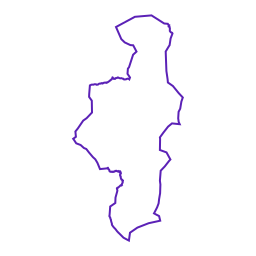 outline of Erdene, Töv, Mongolia
{"feature_id": "93677404B44653121732783", "entity_name": "Erdene", "entity_type": "district", "adm_level": 2, "iso_a3": "MNG", "parent_name": "Mongolia", "parent_adm1": "Töv", "projection": "albers", "projection_center": [107.583, 48.287], "detail": "fine", "context": "isolated", "style": "outline", "palette": "violet", "viewbox_px": 256, "rotation_deg": 0, "n_neighbors": 0, "source": "geoboundaries", "source_scale": "gbopen_adm2", "svg_char_len": 4873}
<svg xmlns="http://www.w3.org/2000/svg" viewBox="0 0 256 256"><path d="M160.2,220.7L159.1,216.1L154.0,213.4L157.1,207.4L158.6,203.4L159.1,199.1L160.1,193.3L160.3,187.2L160.4,184.5L159.9,180.7L160.7,170.7L164.8,166.4L169.1,160.9L170.4,159.5L166.5,152.4L159.9,150.0L160.1,138.8L159.9,137.4L163.4,132.6L168.1,126.6L172.0,123.4L179.7,124.2L178.7,122.0L178.2,118.3L178.6,111.8L180.2,108.7L181.4,101.5L182.8,97.5L178.6,93.0L172.9,86.0L167.9,82.5L167.6,79.3L166.4,71.0L165.7,51.5L168.9,46.2L169.6,45.2L170.6,38.5L172.5,33.5L172.4,33.3L172.2,33.2L172.1,32.8L171.9,32.7L171.6,32.6L171.3,32.5L171.1,32.3L170.9,32.3L170.7,32.2L170.4,31.8L170.1,31.4L169.9,31.1L169.8,30.9L169.9,30.6L169.8,29.9L169.9,29.1L169.8,28.6L169.9,28.4L169.9,28.2L169.7,27.8L169.7,27.6L169.5,27.3L169.5,27.2L169.5,26.9L169.3,26.8L169.5,26.7L169.5,26.3L169.1,25.9L169.1,25.7L168.9,25.6L169.0,25.3L168.9,25.3L168.9,25.2L168.7,25.0L168.4,24.9L168.2,24.7L168.1,24.4L168.0,24.2L167.8,23.8L164.2,23.5L151.5,15.4L134.9,16.8L116.0,27.0L121.3,39.1L124.7,42.4L130.4,45.1L133.2,45.3L136.5,51.6L133.1,54.7L129.0,67.3L127.9,68.6L127.5,73.8L130.0,77.5L129.3,79.3L129.2,79.2L128.8,79.0L128.2,78.7L127.6,78.7L127.3,78.8L126.7,78.9L126.2,79.2L125.9,79.4L125.6,79.4L125.4,79.4L125.0,79.3L124.9,79.3L124.6,79.4L124.3,79.5L124.0,79.4L123.9,79.4L123.6,79.2L123.3,78.8L123.2,78.7L122.6,78.7L121.6,78.2L121.4,78.2L121.0,78.2L120.7,78.3L120.1,78.3L119.7,78.2L118.8,77.9L118.6,77.7L118.4,77.6L118.1,77.5L117.8,77.6L117.7,77.5L117.4,77.6L117.2,77.9L116.9,77.9L116.3,78.1L115.6,78.1L115.4,78.4L115.3,78.6L115.2,78.8L114.9,78.9L114.7,78.8L114.6,78.6L114.3,78.6L114.1,78.8L113.9,78.9L113.5,78.7L113.3,78.6L113.1,78.4L112.9,77.8L112.8,77.6L112.6,77.4L112.4,77.5L112.4,78.1L112.3,78.4L111.8,79.0L111.7,79.1L111.6,79.4L111.5,79.5L111.3,79.6L111.1,79.6L110.8,80.0L110.5,80.1L110.3,80.4L110.2,80.4L110.0,80.6L109.9,80.6L109.6,80.9L109.2,81.3L108.7,81.5L108.4,81.7L108.3,81.9L108.1,82.0L107.8,82.2L107.7,82.2L107.4,82.5L107.1,82.5L106.9,82.4L106.7,82.4L106.6,82.5L106.4,82.8L106.2,82.9L105.9,82.7L105.7,82.7L105.3,82.5L105.2,82.5L104.7,82.7L104.1,82.7L103.8,82.9L103.6,82.9L103.3,83.1L103.0,83.2L102.9,83.3L102.7,83.5L102.4,83.5L102.3,83.4L102.1,83.1L101.8,83.1L101.6,83.1L101.3,83.3L100.9,83.4L100.7,83.6L100.3,83.5L100.1,83.6L99.8,83.6L99.5,83.6L99.1,83.7L98.7,84.0L98.1,84.5L97.9,84.5L97.5,84.5L97.4,84.5L97.2,84.6L96.9,84.8L96.6,84.7L96.4,84.6L96.2,84.4L95.8,84.3L95.4,84.3L95.1,84.2L94.9,84.2L94.5,84.3L94.2,84.3L93.6,84.6L93.3,84.7L93.0,84.7L92.8,84.7L92.5,84.6L92.2,84.6L91.3,84.7L90.8,85.0L89.9,85.4L89.2,94.0L89.1,96.9L91.8,100.7L92.0,112.5L86.6,118.2L83.2,120.6L77.8,128.5L75.4,131.5L75.9,136.8L73.2,138.8L74.0,139.9L76.2,143.3L80.6,145.0L83.9,148.0L86.3,149.0L89.0,152.5L92.9,157.1L95.3,159.3L97.4,162.8L100.0,169.1L106.7,168.4L107.9,167.8L108.0,167.9L108.0,168.1L107.9,168.4L107.9,168.5L108.0,168.8L108.5,169.0L108.7,169.4L108.9,169.4L109.1,169.6L109.4,170.3L109.5,170.7L109.5,171.1L109.6,171.3L109.9,171.5L110.1,171.6L110.3,171.7L110.8,171.8L111.1,171.9L111.3,171.9L111.5,171.7L111.8,171.6L112.0,171.6L112.1,171.8L112.3,171.8L112.5,171.8L112.8,172.0L113.2,171.9L113.4,171.9L113.6,171.6L113.9,171.6L114.2,171.7L114.4,171.6L114.5,171.5L114.6,171.3L114.8,171.2L115.2,171.2L115.3,171.1L115.4,170.9L115.5,170.9L115.7,171.1L115.8,171.1L116.1,171.0L116.4,170.8L116.5,170.8L116.8,171.1L117.1,171.1L117.5,171.2L117.6,171.3L117.8,171.2L118.1,171.2L118.1,171.3L117.9,171.5L118.1,171.6L118.3,171.5L118.5,171.6L118.8,171.5L119.0,171.7L119.1,171.8L119.1,171.6L119.4,171.8L119.5,171.7L119.6,172.0L119.8,172.2L120.0,172.4L120.4,172.4L120.5,172.4L120.6,172.2L120.7,172.4L120.6,172.7L120.7,172.9L120.8,173.0L120.9,173.4L120.9,173.5L120.3,174.3L120.1,174.6L120.0,174.8L120.1,175.5L120.4,176.2L120.5,176.1L120.6,176.4L120.8,176.9L120.7,177.3L120.8,177.5L120.8,178.0L120.9,178.3L121.0,178.5L121.3,179.3L121.5,179.6L121.8,179.7L122.0,179.6L122.3,179.8L122.3,180.2L122.5,180.3L122.6,180.5L122.8,180.6L123.0,180.7L123.0,180.8L122.9,181.0L122.7,181.4L122.5,181.7L122.6,182.0L122.7,182.4L122.7,182.5L122.6,182.8L122.2,183.3L122.1,183.5L122.0,184.0L121.9,184.2L121.8,184.3L121.7,184.6L121.7,184.8L121.8,185.0L121.5,185.1L121.3,185.2L121.2,185.3L121.2,185.5L120.9,185.5L120.7,185.5L120.5,185.4L120.4,185.5L119.3,186.6L118.8,187.0L118.2,187.4L117.8,187.6L117.7,187.9L117.4,187.8L117.1,188.0L116.9,188.3L116.9,188.5L117.4,190.7L115.5,197.6L115.3,203.0L110.2,206.5L109.5,216.0L109.4,216.1L109.6,216.5L109.8,217.0L110.1,217.3L110.3,217.9L110.3,218.4L110.5,218.7L110.6,219.1L110.7,219.4L110.9,219.6L110.9,219.9L110.9,220.0L111.0,220.6L111.5,222.5L111.6,222.8L111.7,223.0L111.8,223.3L111.9,223.6L111.9,223.9L111.9,224.2L111.9,224.6L112.0,224.9L113.1,226.5L114.1,227.7L114.8,228.4L115.3,228.9L117.2,231.4L118.0,232.2L118.4,232.7L118.8,233.0L123.5,237.7L128.9,240.6L130.0,232.7L137.4,227.6L148.7,223.2L160.2,220.7Z" fill="none" stroke="#5b21b6" stroke-width="2"/></svg>